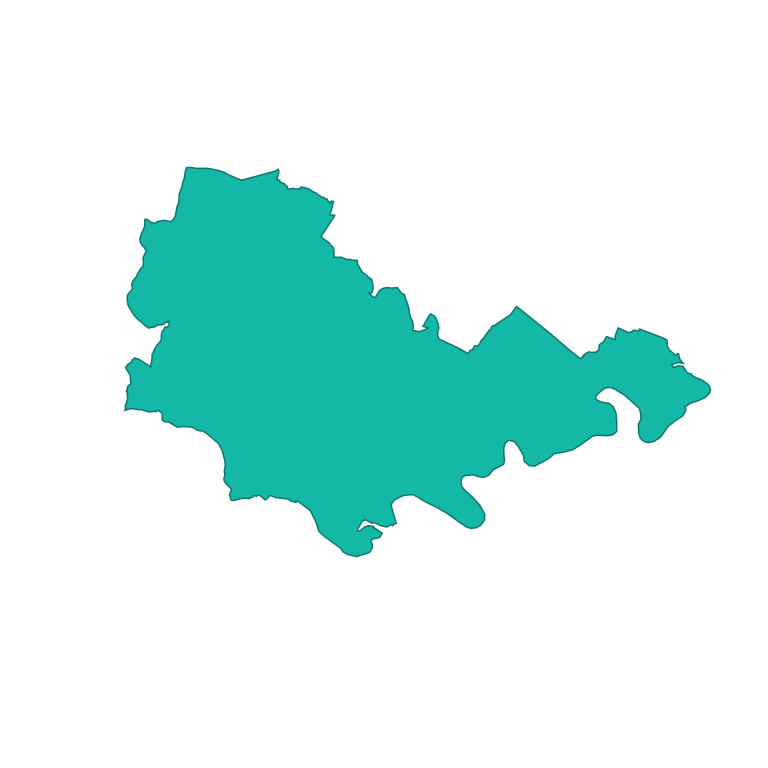 Ion Creanga, Neamt, Romania (Robinson projection), rotated 209°
{"feature_id": "2599482B59992894618457", "entity_name": "Ion Creanga", "entity_type": "district", "adm_level": 2, "iso_a3": "ROU", "parent_name": "Romania", "parent_adm1": "Neamt", "projection": "robinson", "projection_center": [27.026, 46.861], "detail": "fine", "context": "isolated", "style": "filled", "palette": "teal", "viewbox_px": 768, "rotation_deg": 209, "n_neighbors": 0, "source": "geoboundaries", "source_scale": "gbopen_adm2", "svg_char_len": 6166}
<svg xmlns="http://www.w3.org/2000/svg" viewBox="0 0 768 768"><g transform="rotate(209 384 384)"><path d="M120.1,541.8L122.8,541.0L124.8,541.1L131.1,544.4L135.6,542.5L136.8,541.2L137.0,540.4L138.5,539.3L140.0,539.3L141.7,540.4L138.2,544.5L136.2,545.8L132.5,547.0L137.2,549.1L140.4,552.2L141.0,553.3L141.9,553.0L142.9,550.5L151.0,552.1L153.9,554.1L155.7,556.1L157.3,559.1L158.0,559.5L160.9,559.7L187.0,556.0L187.0,554.1L191.9,552.0L192.7,549.9L194.8,547.5L206.3,546.7L205.4,540.0L204.7,537.1L203.3,534.9L212.5,533.3L212.4,527.5L214.7,522.6L212.6,518.0L213.3,516.8L213.3,515.7L214.0,515.0L213.6,514.5L216.1,513.4L217.4,512.3L219.5,511.8L220.8,511.0L222.3,508.5L222.9,507.0L222.7,506.3L223.1,506.4L223.6,505.5L223.1,505.1L223.5,504.9L223.4,503.5L224.7,501.4L237.2,503.4L265.7,509.2L305.6,516.1L307.0,505.9L315.2,489.9L314.8,489.1L316.6,488.3L317.3,487.2L317.7,485.9L317.0,483.8L318.0,482.3L319.1,474.0L318.8,473.2L320.1,469.5L319.9,466.0L320.3,463.6L320.8,462.4L323.2,461.3L323.2,457.1L325.1,454.8L325.0,453.3L325.3,451.4L337.2,451.4L357.5,450.1L358.7,450.6L360.7,452.6L362.3,456.1L363.1,459.5L366.2,463.1L370.3,466.7L372.2,467.7L376.7,468.1L377.2,467.8L377.7,466.4L377.8,453.3L372.7,454.5L374.4,451.5L378.8,446.6L385.2,444.9L386.0,448.4L389.4,452.5L393.1,455.2L396.8,459.1L399.0,462.4L409.6,472.1L412.4,471.8L419.1,474.8L419.9,473.9L421.7,473.2L422.8,472.0L428.8,469.5L431.6,466.7L433.4,463.2L433.4,455.7L435.5,454.8L441.0,456.0L441.4,456.5L439.5,456.9L438.7,458.2L439.9,462.4L442.1,465.8L445.6,469.6L449.6,469.9L453.8,471.1L456.3,471.0L457.7,471.4L465.0,476.0L466.2,477.1L467.1,479.2L470.7,477.3L473.3,476.8L477.2,474.8L483.5,473.9L485.6,472.4L489.5,470.6L491.4,474.9L494.6,479.0L497.7,479.4L500.1,480.8L510.6,482.1L508.7,507.4L510.1,507.4L512.5,505.7L513.5,506.4L514.9,513.5L516.7,518.3L516.6,519.2L518.7,518.4L519.1,516.3L519.4,516.1L521.9,516.9L523.3,518.1L524.7,517.6L527.4,518.0L528.2,517.3L529.4,517.1L531.1,517.6L533.2,517.4L536.0,518.2L539.4,517.8L544.4,518.2L546.7,517.8L547.5,517.0L548.5,517.5L549.2,516.9L551.8,516.4L552.2,514.2L556.3,511.4L558.8,510.9L560.4,509.2L562.8,508.1L563.4,508.3L564.1,509.9L566.3,509.8L568.0,510.8L572.2,510.3L573.4,510.7L574.0,511.7L576.7,510.6L578.5,517.8L579.5,519.6L580.5,520.5L580.8,520.4L581.7,518.2L583.2,516.6L607.3,493.2L612.6,492.4L623.0,491.5L626.3,491.8L633.3,490.2L642.8,487.1L652.8,481.6L657.6,479.9L661.2,477.9L661.6,477.3L660.7,473.2L658.4,467.2L657.9,463.6L656.3,458.4L655.1,450.8L651.3,442.8L651.1,439.2L648.1,430.2L647.8,426.7L648.6,423.8L649.5,422.5L655.5,420.6L659.9,417.1L661.3,415.7L661.5,414.5L662.1,414.0L665.3,412.4L670.4,413.1L673.0,412.1L669.9,406.3L669.2,402.0L669.2,398.8L667.8,392.3L665.6,389.6L662.5,387.9L659.7,387.1L656.2,384.9L656.2,380.8L655.8,377.6L653.1,373.1L651.9,370.3L652.6,367.5L653.0,361.9L652.6,357.9L653.6,352.6L652.9,348.5L650.8,346.2L650.3,344.9L650.4,342.6L650.9,341.5L651.5,337.6L650.1,334.2L646.8,329.7L645.5,328.5L636.8,323.3L629.9,321.0L625.8,320.6L622.9,319.6L617.5,318.8L616.3,319.1L615.5,320.5L612.7,322.3L610.2,326.2L606.9,328.1L605.1,330.5L604.8,332.4L603.7,332.7L603.6,334.3L602.8,334.7L602.6,333.6L601.7,333.5L601.1,332.9L600.8,329.5L601.9,327.8L603.3,327.7L602.9,324.3L603.4,322.4L602.6,319.0L600.7,315.7L600.4,314.2L600.4,312.2L601.4,307.7L601.5,301.5L600.9,298.7L601.2,297.6L598.2,291.5L597.3,287.7L596.2,285.9L611.0,286.8L613.0,285.9L615.0,286.0L614.9,284.4L616.0,282.8L615.7,282.5L615.7,279.6L616.8,278.6L617.2,277.7L617.0,277.3L617.9,276.4L617.2,275.1L618.2,273.8L617.2,272.5L610.7,268.9L609.3,267.6L609.1,266.3L608.3,265.7L605.6,261.4L606.8,258.2L606.9,256.6L606.3,256.0L605.7,252.7L604.6,252.5L604.1,251.5L603.7,251.5L603.8,250.8L602.6,248.8L600.8,246.7L600.9,246.0L600.5,245.6L600.8,245.1L600.1,242.9L600.3,242.4L599.7,241.6L600.0,240.0L597.9,236.7L597.9,235.4L595.3,238.1L591.9,240.6L586.1,242.6L584.1,243.8L575.7,245.7L573.6,247.5L570.4,249.1L568.7,251.4L565.3,251.2L563.7,250.5L562.4,248.9L561.8,246.8L560.2,244.8L557.4,244.7L553.6,246.4L543.9,246.0L539.5,249.2L532.5,252.6L529.6,253.2L524.9,253.2L521.9,253.9L520.2,254.9L515.7,254.9L499.8,251.7L492.9,247.1L485.7,239.3L483.3,235.8L481.4,230.4L479.1,227.3L478.1,223.5L476.4,221.4L472.5,219.7L466.3,218.1L465.3,211.9L463.4,210.5L462.4,208.9L461.2,208.3L460.0,208.7L457.7,210.5L454.6,213.5L451.1,216.2L446.2,218.5L443.8,222.1L443.8,223.5L441.0,224.1L440.1,225.8L438.4,226.3L436.6,226.2L432.3,225.0L431.3,225.4L430.3,227.9L429.7,231.3L423.7,232.2L412.4,236.7L408.5,236.6L404.3,237.5L403.5,237.9L403.3,239.1L402.5,239.8L387.0,237.5L377.2,230.8L369.6,223.7L363.0,221.9L342.4,219.4L338.6,217.4L333.3,217.2L323.9,219.9L322.9,221.6L316.4,227.9L314.9,230.3L315.0,235.2L316.8,238.5L318.3,239.1L319.6,241.3L318.3,243.4L314.5,246.5L313.3,248.3L313.4,252.7L324.8,253.6L324.6,254.1L326.4,253.3L328.1,253.1L330.0,251.5L331.7,249.3L333.7,244.1L335.0,243.1L336.1,243.2L336.7,243.9L336.5,251.5L336.3,253.7L334.5,256.2L326.8,256.4L326.6,257.6L322.5,258.4L318.8,258.4L312.9,260.0L311.4,261.2L310.1,264.2L309.6,264.5L307.7,264.2L307.1,266.7L305.7,268.1L317.8,280.1L319.4,282.6L318.6,287.5L315.7,292.4L312.3,296.5L305.3,301.2L300.8,301.5L291.5,301.0L276.9,301.7L267.2,301.5L243.5,298.9L238.3,299.7L233.9,302.8L231.0,307.4L230.1,313.8L232.7,318.9L241.9,324.7L253.1,328.3L261.1,330.0L266.5,332.1L269.4,336.0L270.4,339.4L268.8,343.1L262.6,347.5L255.5,349.2L251.3,350.8L248.0,355.2L246.9,362.0L240.5,371.7L241.6,375.7L245.4,381.2L248.2,386.0L249.3,391.2L247.9,395.1L242.1,396.9L236.1,394.3L227.9,389.6L223.9,384.4L217.5,383.0L212.4,385.2L204.3,397.8L201.0,405.9L194.4,411.0L187.0,418.1L182.7,425.8L176.3,439.4L173.0,442.4L163.5,447.1L159.1,450.7L157.5,455.3L158.9,457.9L162.0,463.5L167.0,471.0L172.1,475.1L178.1,476.3L181.4,474.7L186.5,473.4L188.8,473.2L191.3,473.5L192.9,475.6L191.9,480.0L188.8,487.5L184.7,490.6L180.4,491.4L168.2,490.9L149.1,486.6L144.9,482.4L142.2,477.6L142.0,472.0L137.5,464.7L134.0,461.2L130.4,459.9L126.1,460.2L123.4,461.7L120.3,464.5L116.5,471.0L114.8,485.3L110.9,494.1L107.3,500.9L107.2,507.4L109.8,510.2L106.1,516.5L101.0,521.9L96.8,527.6L95.8,529.9L95.0,533.7L95.5,537.0L98.0,539.6L100.5,540.8L108.3,541.7L113.4,540.8L117.6,540.7L120.1,541.8Z" fill="#14b8a6" stroke="#0f766e" stroke-width="1.5"/></g></svg>